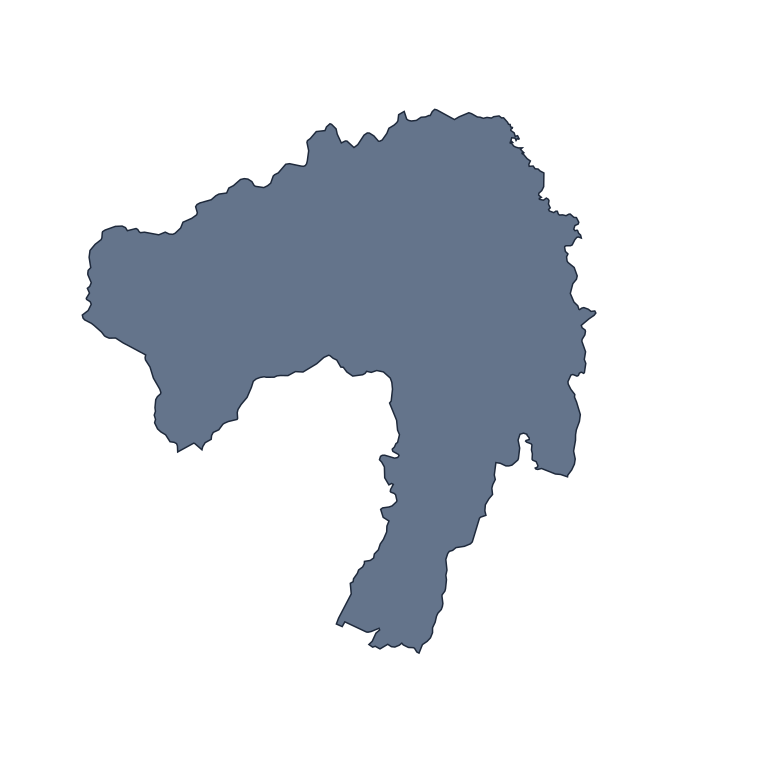 Duc Trong, Lâm Đồng, Vietnam, rotated 155°
{"feature_id": "81297802B43116981701202", "entity_name": "Duc Trong", "entity_type": "district", "adm_level": 2, "iso_a3": "VNM", "parent_name": "Vietnam", "parent_adm1": "Lâm Đồng", "projection": "orthographic", "projection_center": [108.368, 11.695], "detail": "fine", "context": "isolated", "style": "filled", "palette": "slate", "viewbox_px": 768, "rotation_deg": 155, "n_neighbors": 0, "source": "geoboundaries", "source_scale": "gbopen_adm2", "svg_char_len": 6171}
<svg xmlns="http://www.w3.org/2000/svg" viewBox="0 0 768 768"><g transform="rotate(155 384 384)"><path d="M597.7,623.5L600.6,613.4L604.1,612.0L605.6,609.6L606.2,608.2L606.5,599.5L609.5,596.8L612.4,596.1L612.5,590.9L617.6,587.5L617.8,586.3L615.5,582.8L615.6,580.0L621.1,575.6L628.3,574.0L628.9,570.9L628.2,568.6L623.6,562.7L622.2,560.0L618.1,550.6L617.0,545.7L615.9,544.1L613.7,541.7L607.8,539.1L603.2,531.7L587.7,511.1L589.4,508.8L590.0,506.6L588.9,498.2L590.5,486.8L589.4,474.1L589.8,470.6L590.7,469.5L594.7,468.3L597.5,466.3L601.6,459.3L602.7,455.8L605.4,452.9L606.0,448.5L608.3,445.8L608.2,439.0L606.5,434.9L603.4,430.3L602.3,422.1L598.8,419.8L597.2,417.6L597.4,415.2L599.7,409.6L581.5,410.8L580.7,410.1L576.8,401.3L574.8,403.8L570.9,406.4L564.0,406.9L562.0,410.2L559.2,412.3L553.1,412.3L547.1,415.6L545.4,415.9L541.0,415.8L532.1,414.0L531.2,414.7L529.1,420.1L527.1,422.6L522.2,425.8L513.8,429.7L505.7,436.9L501.3,441.7L497.7,442.6L493.6,442.3L489.5,441.2L487.9,439.9L480.7,436.6L477.6,436.6L474.3,435.5L467.5,432.2L459.1,432.7L452.3,429.1L436.4,430.8L427.3,433.5L422.2,433.5L421.0,432.6L419.3,428.9L416.7,425.7L416.0,417.6L413.8,416.3L412.6,410.6L409.0,404.4L399.4,401.4L396.7,401.6L394.4,402.8L390.6,399.9L384.9,399.3L379.4,395.2L375.8,386.7L376.2,382.2L378.5,375.7L384.7,365.5L387.0,364.4L387.9,345.8L391.2,336.5L391.4,331.5L396.4,325.3L398.4,324.9L401.3,322.4L404.0,321.5L404.3,320.7L404.4,319.1L400.7,314.1L400.6,312.8L402.6,311.6L405.7,312.3L413.5,319.2L415.7,320.1L417.7,319.9L420.1,317.3L419.1,314.2L418.7,308.7L423.0,298.7L422.2,290.5L419.3,290.7L418.0,289.1L422.5,285.7L423.7,284.0L423.5,283.1L421.0,280.5L420.3,278.7L421.6,272.8L422.4,272.0L428.2,270.1L431.4,270.4L437.6,272.3L440.0,271.8L441.1,263.5L437.4,257.7L441.4,254.0L444.1,248.8L450.2,243.4L455.0,240.6L459.2,236.1L464.6,234.0L466.9,230.7L471.0,229.9L476.7,231.5L477.8,229.4L480.7,227.2L485.6,226.2L488.1,223.7L493.9,220.4L495.5,217.9L498.8,217.6L502.4,207.6L524.1,191.0L528.6,186.6L524.4,181.8L520.0,185.0L504.7,166.6L503.3,165.8L500.2,165.1L491.7,164.7L491.9,162.9L496.6,161.6L503.4,155.8L507.8,154.3L505.5,150.3L502.8,150.0L499.6,145.6L490.6,146.5L488.3,142.8L485.3,141.0L480.5,140.8L477.4,141.6L476.8,139.4L473.2,134.9L468.6,132.5L468.0,131.3L467.5,127.2L466.0,125.3L459.3,131.6L453.7,132.5L449.2,134.3L445.1,138.1L443.0,142.6L438.3,146.5L434.6,151.3L432.0,153.5L427.4,155.4L425.1,157.7L423.4,160.2L421.1,167.3L420.4,168.4L416.3,170.6L414.8,172.4L410.1,180.2L408.8,184.5L405.6,188.7L402.1,198.9L397.9,203.4L395.5,204.7L392.1,204.2L387.9,205.3L379.7,202.9L373.2,202.6L370.7,203.6L354.2,222.0L352.8,222.5L347.1,221.9L346.2,226.4L343.2,231.7L337.3,235.7L332.3,238.0L330.3,244.0L327.9,246.9L323.5,250.4L322.5,254.9L315.8,265.5L312.1,263.0L308.2,258.3L305.5,257.0L302.3,256.4L294.9,258.5L293.7,259.6L288.1,268.6L286.2,276.5L282.0,281.0L278.3,280.5L275.7,278.0L276.0,277.0L275.2,274.0L275.8,272.3L279.1,272.8L279.8,272.4L279.3,271.0L276.0,267.7L275.7,266.2L278.2,262.0L279.0,258.1L281.6,253.2L281.4,252.1L278.9,249.3L279.0,245.0L279.9,243.9L282.5,243.9L282.3,242.8L280.8,241.6L276.9,240.8L266.7,230.0L262.2,227.4L256.9,222.3L256.0,223.7L250.2,226.8L245.3,230.9L242.4,235.2L240.5,243.1L234.2,252.1L231.8,257.1L229.0,261.2L222.7,267.5L219.0,273.3L217.1,286.3L216.9,291.6L215.5,293.9L216.9,300.1L217.1,306.0L216.3,308.4L210.8,313.1L208.8,312.8L205.8,309.6L204.2,309.6L202.4,311.2L200.8,311.4L199.9,311.1L198.6,309.3L197.6,309.6L192.4,317.4L192.1,321.6L187.7,328.0L186.6,339.2L185.5,340.8L181.2,343.6L179.2,346.5L178.9,347.9L180.7,351.3L180.4,353.8L170.8,356.4L164.4,357.5L162.0,358.8L162.1,361.1L165.7,362.3L167.2,365.4L170.6,368.8L172.7,369.2L175.2,368.7L175.8,369.3L175.3,373.0L177.2,378.0L176.9,387.3L170.5,395.1L165.3,397.6L163.2,400.3L162.4,409.2L165.9,416.4L166.1,418.1L164.8,422.1L162.3,424.1L163.6,427.5L162.6,431.4L162.1,432.2L160.7,432.4L156.5,430.5L154.7,430.5L150.1,434.1L147.3,435.4L145.7,435.1L143.5,432.9L142.9,435.9L143.9,438.4L143.7,441.2L144.0,441.8L146.1,442.2L146.6,444.1L144.0,446.9L140.4,446.9L139.1,448.3L139.3,453.5L141.5,454.8L143.4,459.3L144.6,459.8L147.9,459.6L150.6,461.8L153.6,463.0L154.2,464.5L153.9,467.3L155.2,468.0L157.7,467.6L161.0,470.9L161.1,472.6L158.9,473.4L158.9,477.6L157.0,480.4L157.0,481.9L158.3,483.9L161.8,483.2L165.1,485.7L164.8,486.6L162.5,486.7L164.0,489.8L163.1,491.4L159.3,492.6L155.9,495.3L149.9,507.7L152.5,511.1L153.5,513.7L156.1,515.2L156.7,518.5L160.4,519.9L159.9,521.9L157.1,524.3L159.1,527.8L160.4,532.8L161.5,534.5L160.9,535.2L160.0,534.3L159.5,534.4L161.1,538.9L158.9,539.6L162.3,541.1L164.6,543.1L166.0,545.0L166.4,547.6L167.8,549.2L167.2,549.9L165.4,548.8L166.1,551.0L164.2,553.2L161.3,551.4L161.4,548.9L159.6,550.0L158.4,548.9L157.9,549.1L158.0,552.6L160.4,553.0L159.9,556.6L161.9,560.2L161.4,561.3L159.8,561.5L159.2,562.2L160.6,563.5L160.0,565.9L161.4,566.8L161.4,568.9L163.1,574.7L165.0,575.5L166.4,578.3L171.6,579.9L174.2,579.6L178.0,582.1L181.7,582.8L184.0,585.1L186.5,586.5L190.4,592.0L192.5,594.0L203.1,594.4L208.4,593.9L220.3,610.1L222.0,611.5L225.1,610.5L228.6,607.8L229.9,608.4L233.5,608.5L237.7,610.1L243.2,609.2L248.1,610.8L250.4,612.6L251.5,614.5L250.5,622.5L256.9,621.9L260.2,616.6L261.9,615.5L265.3,614.4L271.5,613.7L275.5,609.9L282.5,605.9L285.2,605.8L286.4,606.4L288.3,613.1L291.2,617.6L293.1,618.6L296.9,618.0L306.6,612.0L311.3,611.0L314.9,619.8L316.3,620.6L320.8,620.5L320.8,630.2L319.6,635.5L321.8,641.5L323.0,642.7L327.5,641.3L330.4,638.6L338.7,641.4L347.1,637.6L350.5,636.9L351.7,635.6L353.7,627.2L359.3,618.5L361.2,616.2L363.1,615.2L365.0,615.3L367.0,616.5L376.5,623.6L380.2,624.7L390.6,620.0L394.6,619.9L396.5,619.3L401.8,613.9L405.7,612.9L409.9,612.8L417.0,617.5L417.8,618.8L418.2,623.3L420.7,627.2L423.9,629.2L427.7,630.0L436.6,627.4L441.8,627.2L445.9,623.6L453.4,625.9L456.8,625.7L462.7,624.0L474.2,625.9L477.6,625.7L479.8,624.3L480.8,618.1L482.3,616.5L488.1,615.4L497.8,615.6L502.4,611.3L509.6,608.9L512.1,608.9L515.2,610.6L518.1,614.1L525.1,614.4L536.9,622.8L540.8,624.1L541.6,625.5L541.9,628.1L543.0,629.7L551.8,631.4L552.2,635.0L554.6,637.8L560.9,640.4L571.7,641.4L574.6,641.0L575.3,640.3L577.9,635.7L579.3,634.4L586.7,632.7L594.0,629.3L597.7,623.5Z" fill="#64748b" stroke="#1e293b" stroke-width="1.5"/></g></svg>